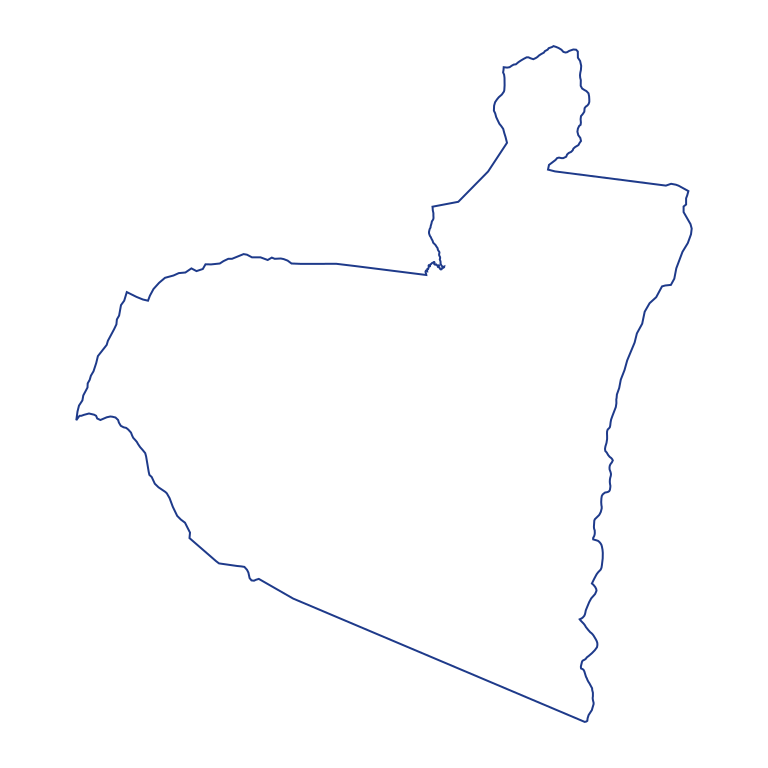 Cafayate, Salta, Argentina (Equal Earth projection)
{"feature_id": "61730980B8590137946072", "entity_name": "Cafayate", "entity_type": "district", "adm_level": 2, "iso_a3": "ARG", "parent_name": "Argentina", "parent_adm1": "Salta", "projection": "equal_earth", "projection_center": [-65.829, -26.11], "detail": "fine", "context": "isolated", "style": "outline", "palette": "blue", "viewbox_px": 768, "rotation_deg": 0, "n_neighbors": 0, "source": "geoboundaries", "source_scale": "gbopen_adm2", "svg_char_len": 6025}
<svg xmlns="http://www.w3.org/2000/svg" viewBox="0 0 768 768"><path d="M189.5,538.1L216.0,561.1L219.0,563.4L237.2,566.0L241.4,566.4L244.4,566.9L247.0,569.8L248.4,572.6L249.6,578.1L251.5,580.4L254.0,580.7L255.9,579.8L258.8,578.9L293.2,598.6L584.7,721.9L586.4,721.5L587.3,720.8L587.6,718.3L588.6,715.1L591.9,710.0L592.3,708.5L593.6,704.1L593.6,702.8L593.0,700.4L592.7,698.8L592.7,697.6L592.9,696.3L592.9,692.7L592.2,690.0L592.1,688.3L589.4,683.3L588.4,681.8L587.5,680.1L586.8,678.3L586.0,676.8L584.3,671.3L583.5,669.8L582.6,669.1L581.1,668.5L580.9,667.3L580.9,666.3L582.0,661.8L582.4,661.0L583.2,660.3L584.4,659.8L585.7,658.9L586.8,657.4L588.9,655.8L592.1,653.0L594.9,650.1L597.0,647.2L597.4,645.0L597.3,642.9L596.7,641.1L595.9,639.5L593.5,635.5L592.4,634.1L591.3,633.0L590.4,632.4L588.1,629.8L585.8,626.9L585.0,625.4L583.7,623.7L580.6,620.5L579.7,619.3L581.6,618.4L582.8,617.5L584.3,615.8L585.0,614.1L585.4,612.4L585.8,610.3L589.2,602.1L591.2,598.4L595.1,594.0L596.5,590.7L596.2,589.0L595.2,587.0L593.4,584.8L591.9,583.5L594.2,578.8L596.6,574.3L598.1,572.3L600.7,569.6L601.5,567.7L601.9,565.2L602.7,558.4L602.8,552.9L602.5,549.6L601.9,546.5L601.4,544.8L600.5,543.3L599.4,542.0L598.1,540.9L596.7,540.4L593.2,539.4L593.1,538.4L593.3,537.5L593.9,536.7L594.4,535.4L594.7,534.1L594.8,532.9L594.7,530.4L594.1,528.7L593.9,526.9L594.3,520.6L594.9,519.2L599.1,515.1L599.7,514.1L600.8,511.9L601.7,508.4L601.7,506.7L601.4,505.1L601.2,502.1L601.4,498.4L601.8,496.0L602.7,494.4L603.9,493.4L605.1,492.5L606.1,492.4L607.8,492.0L609.2,491.2L609.9,489.9L610.3,487.3L610.4,485.9L610.0,483.8L609.8,481.9L609.9,479.7L610.2,477.9L610.8,475.8L611.0,474.1L610.6,472.2L609.6,469.5L609.5,467.7L609.7,466.0L610.2,464.7L611.0,463.4L611.8,462.5L612.8,460.4L612.2,459.2L611.2,458.0L609.7,456.9L608.2,455.1L606.7,452.5L605.3,451.0L605.0,448.9L605.4,446.5L606.5,442.9L607.1,439.0L607.1,436.1L607.0,433.4L607.1,431.3L607.7,429.5L609.0,428.3L609.8,427.3L610.2,425.7L610.6,422.3L611.1,419.6L612.5,415.7L615.8,407.1L616.4,403.2L616.3,399.3L616.6,398.0L616.9,394.5L619.2,388.0L620.8,379.6L624.5,370.1L627.2,360.4L634.6,342.6L636.9,333.4L642.2,323.7L644.7,311.7L649.6,303.2L656.2,297.2L662.0,286.4L665.2,285.5L670.9,284.9L674.3,278.7L676.3,268.3L682.5,251.8L687.8,243.1L691.0,234.3L691.7,228.6L690.5,224.1L683.6,212.1L683.6,206.5L686.1,204.5L686.1,198.3L687.2,195.4L688.4,191.1L678.6,185.7L675.9,184.7L671.1,183.8L665.9,185.6L555.0,171.4L548.0,169.6L549.0,164.9L555.6,159.9L557.1,158.1L559.0,157.6L561.4,158.1L563.3,158.1L566.2,156.7L567.1,154.5L568.7,153.0L571.1,151.9L572.7,150.3L573.4,148.6L575.2,147.0L578.4,145.1L579.6,142.9L581.0,141.0L580.3,137.9L578.3,135.2L577.4,131.7L577.9,128.6L579.2,125.9L580.6,124.8L580.9,122.6L580.6,119.2L581.0,116.1L582.8,114.0L584.3,111.7L584.6,108.2L585.8,106.6L587.4,105.5L588.7,103.8L589.3,101.9L589.3,99.5L589.1,96.3L588.5,93.3L586.4,91.1L584.4,90.0L582.1,88.5L580.7,85.8L580.8,80.1L580.2,77.7L580.0,75.2L580.3,72.7L580.9,70.0L581.2,65.9L580.1,61.0L577.9,57.7L577.8,51.5L576.1,49.7L573.3,49.5L569.2,50.9L567.1,52.2L565.5,52.5L563.4,51.9L561.4,49.7L558.6,48.0L556.0,46.9L553.5,46.1L552.1,47.0L548.7,48.2L547.7,49.6L544.8,51.2L543.9,52.6L541.3,54.0L539.1,55.4L537.4,57.0L535.7,58.1L533.3,59.2L530.6,58.3L528.4,57.3L526.7,57.3L523.8,58.8L521.1,60.4L518.5,62.1L515.9,64.3L513.7,64.6L511.9,65.6L509.6,67.2L507.1,67.6L503.7,67.2L503.5,70.0L503.1,72.4L504.1,74.7L504.5,77.9L504.6,85.3L504.3,90.2L503.9,91.6L501.8,94.6L498.8,97.2L497.0,99.4L495.1,102.2L494.1,105.7L493.9,110.7L495.2,113.4L496.2,117.1L497.6,120.1L499.4,123.8L501.2,126.0L503.2,128.9L504.3,133.1L505.5,136.9L507.0,142.8L488.1,171.5L458.3,201.8L432.5,206.7L432.6,207.5L432.8,210.3L433.4,213.1L433.4,215.8L433.5,217.4L433.4,218.8L432.9,219.9L431.9,221.4L431.5,223.4L430.7,226.0L430.5,227.6L429.7,229.0L429.5,229.7L429.0,231.9L429.0,232.7L429.1,233.6L429.8,235.6L430.1,236.2L430.6,236.8L431.8,239.4L432.5,240.5L433.2,242.7L435.5,245.0L436.4,246.5L437.6,248.2L437.8,249.5L438.1,250.2L439.2,251.8L439.4,252.2L439.4,253.0L439.2,253.6L439.1,254.6L439.2,255.4L440.1,257.2L440.1,258.4L439.9,258.9L439.8,259.5L440.4,261.1L440.6,262.1L440.5,263.4L441.4,265.5L442.2,266.3L442.7,266.6L443.2,266.7L443.8,266.8L444.2,266.6L444.1,267.2L443.8,267.4L443.3,267.8L442.2,268.0L441.9,268.4L441.8,268.9L441.5,269.3L440.7,269.4L440.1,268.9L439.7,268.2L439.4,267.5L439.0,267.2L438.1,267.1L437.9,266.9L437.8,266.7L438.0,266.4L438.8,266.0L439.0,265.5L438.9,265.3L437.4,265.6L436.1,264.4L435.3,264.7L435.0,264.6L434.6,264.4L434.2,264.0L434.2,263.5L434.5,262.9L434.5,262.4L434.2,262.0L433.9,262.0L433.1,262.6L432.1,263.0L431.0,264.1L430.4,264.4L430.2,264.7L430.0,266.1L429.7,266.1L429.1,265.2L428.8,265.2L428.6,265.6L428.6,266.0L428.8,266.5L428.7,267.3L428.1,269.0L427.4,269.0L427.1,269.9L427.2,270.6L427.2,271.0L426.5,270.5L426.1,270.5L425.9,270.7L425.6,271.4L425.5,271.9L426.2,274.2L426.3,275.0L354.7,266.0L336.3,263.8L301.6,263.9L291.5,263.5L287.6,260.6L283.7,259.1L280.8,258.5L274.7,258.8L271.8,257.6L267.7,260.0L260.4,257.3L251.9,257.3L247.0,254.7L243.6,254.1L232.0,258.8L228.3,258.8L223.5,261.1L219.8,263.5L211.1,264.4L205.5,264.3L202.8,269.0L196.5,271.1L191.4,268.4L185.4,272.5L178.8,273.1L173.5,275.5L165.0,277.8L159.1,282.8L153.5,289.0L149.9,295.7L148.0,300.7L142.9,299.5L136.5,296.9L126.8,292.1L124.2,300.7L121.0,305.1L119.1,315.6L116.9,319.4L116.4,324.4L114.0,329.4L107.9,340.8L106.7,344.9L97.9,356.1L96.2,363.1L93.5,371.3L90.9,375.7L89.7,379.8L87.7,383.4L87.5,387.5L83.3,395.4L82.4,400.4L79.0,405.6L77.5,411.5L76.3,420.2L78.8,416.7L79.6,415.8L81.3,415.8L84.1,414.8L89.0,413.5L94.1,414.7L96.1,415.8L97.2,418.5L100.4,420.0L106.7,417.3L110.3,416.5L112.2,416.7L115.5,417.5L118.1,420.0L118.9,422.6L120.8,425.8L123.6,427.3L126.2,427.9L128.3,429.6L131.0,432.6L132.1,435.5L133.2,437.8L135.4,440.2L136.9,442.0L138.0,444.0L140.1,447.1L142.5,449.8L145.2,453.1L146.1,456.4L148.7,471.8L149.4,474.9L151.7,477.0L154.8,483.7L158.5,487.3L165.3,491.9L166.8,493.3L169.6,498.2L172.8,506.8L177.2,515.9L180.9,519.6L185.0,522.7L190.0,532.6L189.5,538.1Z" fill="none" stroke="#1e3a8a" stroke-width="2"/></svg>